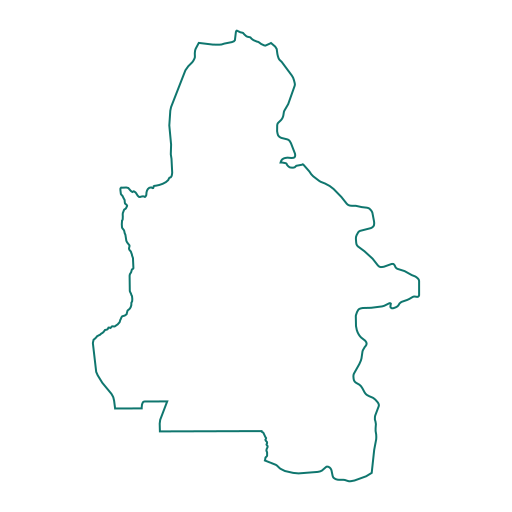 SVG path tracing the border of Kasaï-Occidental
{"feature_id": "COD-1872", "entity_name": "Kasaï-Occidental", "entity_type": "Province", "adm_level": 1, "iso_a3": "COD", "parent_name": "Democratic Republic of the Congo", "parent_adm1": "", "projection": "orthographic", "projection_center": [21.465, -5.12], "detail": "fine", "context": "isolated", "style": "outline", "palette": "teal", "viewbox_px": 512, "rotation_deg": 0, "n_neighbors": 0, "source": "natural_earth", "source_scale": "10m", "svg_char_len": 6050}
<svg xmlns="http://www.w3.org/2000/svg" viewBox="0 0 512 512"><path d="M159.9,431.4L159.7,423.6L160.2,419.8L167.2,401.4L144.6,401.5L143.7,401.7L143.0,402.2L142.4,403.4L142.0,404.6L141.7,407.3L141.7,408.4L115.1,408.5L114.1,400.7L113.3,397.3L112.6,395.9L111.4,393.8L102.3,382.8L97.7,375.3L96.2,371.9L92.9,343.4L93.0,342.3L93.6,339.7L94.9,338.7L96.3,337.3L97.0,336.3L99.2,335.1L100.0,334.8L101.1,333.7L102.5,332.9L103.6,331.9L105.0,330.0L106.9,329.6L107.6,329.2L108.5,327.6L109.3,327.6L110.4,328.0L110.9,327.6L111.8,326.5L112.5,326.3L114.3,326.5L114.7,326.4L115.1,326.2L116.3,325.3L117.8,324.3L118.3,323.6L119.3,322.6L119.6,322.2L120.4,319.6L120.8,319.0L121.4,317.4L122.1,316.4L122.5,316.2L124.7,315.6L126.0,314.7L126.6,314.2L127.5,310.7L128.1,310.1L129.0,309.4L129.9,308.5L130.7,307.1L131.3,305.2L131.4,302.7L132.1,301.4L132.2,300.6L132.3,299.0L132.0,296.1L131.4,295.0L131.0,293.7L130.1,291.9L129.8,291.0L129.6,275.7L129.9,274.2L131.1,272.3L131.9,269.5L133.0,268.8L133.3,268.4L133.4,268.0L133.0,258.8L133.0,258.2L132.0,255.3L131.9,254.4L131.4,253.2L131.0,251.9L130.6,251.2L129.8,250.4L129.2,249.4L129.0,248.3L129.3,247.0L129.5,246.2L129.5,245.7L129.4,245.3L127.2,242.5L126.6,241.4L126.3,240.6L125.4,234.8L124.7,233.2L124.2,230.9L123.9,230.2L123.4,229.5L122.4,228.3L122.0,227.3L121.8,224.3L122.0,221.2L122.0,220.7L122.4,220.1L122.7,219.2L122.8,216.4L122.7,214.7L122.8,213.2L124.0,210.0L124.3,209.5L125.5,208.8L125.9,208.4L127.0,206.2L127.1,205.7L126.5,204.7L125.3,203.8L125.0,203.4L124.8,202.3L124.6,200.0L123.6,198.2L122.5,195.9L121.2,194.5L120.9,194.0L120.8,193.4L120.4,190.0L120.4,188.8L120.5,188.4L121.2,187.6L122.1,187.7L126.3,187.5L128.3,188.0L130.8,190.9L132.4,192.0L133.8,191.3L135.4,192.3L136.2,193.3L137.7,195.7L139.0,196.9L140.0,197.0L141.2,196.6L143.0,196.3L144.1,196.5L144.7,196.9L145.2,196.8L146.0,195.7L146.3,194.9L146.5,192.4L147.0,190.6L147.9,189.0L149.3,187.8L151.2,187.4L152.6,188.1L153.2,188.0L153.4,187.6L153.7,186.2L154.7,185.8L155.9,185.7L159.2,185.0L162.7,183.8L165.9,182.1L168.2,180.1L169.0,178.4L169.5,177.7L170.6,177.4L170.9,177.1L171.7,175.8L172.0,174.2L172.2,172.8L171.5,158.9L170.8,154.3L171.1,144.6L169.3,125.4L170.3,110.7L171.1,107.0L185.4,70.3L188.3,66.2L192.3,62.2L193.3,60.8L194.3,58.9L194.8,57.6L194.9,56.4L194.8,53.2L195.0,51.4L195.2,50.1L195.7,48.7L198.8,42.9L212.9,44.6L219.0,44.7L221.5,44.5L224.3,43.6L231.9,42.1L233.9,41.3L234.9,40.2L235.9,32.0L236.3,31.0L236.6,30.7L237.0,30.7L240.4,32.3L242.3,32.7L243.1,33.0L244.4,34.5L246.2,36.1L246.9,36.5L247.3,36.7L250.1,37.3L250.5,37.5L251.5,38.7L253.4,40.1L256.9,41.6L258.2,41.9L258.9,42.3L261.2,44.0L264.2,45.4L265.4,45.6L270.1,43.5L271.0,43.0L275.2,46.6L276.7,49.0L277.4,54.1L277.9,56.2L278.6,58.3L279.2,59.4L279.9,60.2L281.7,61.9L291.8,75.5L293.1,77.7L294.0,80.3L294.7,83.1L294.9,84.4L294.7,85.7L288.2,104.1L284.3,110.8L283.9,111.9L283.4,115.1L283.1,116.4L282.6,117.7L282.0,118.8L281.1,120.0L278.2,122.8L277.6,123.6L277.2,125.1L277.1,131.2L277.5,133.4L278.0,135.1L278.5,135.9L279.6,137.0L281.3,137.9L287.0,139.3L288.1,139.7L289.0,140.3L289.8,141.2L291.0,143.3L295.0,153.7L295.2,155.2L295.0,156.5L294.4,157.4L293.4,157.8L291.3,158.0L288.1,157.7L287.1,157.7L285.2,158.0L284.1,158.3L283.1,158.8L282.2,159.4L281.5,160.3L281.0,161.2L280.6,162.5L282.0,162.5L285.8,163.2L286.6,163.8L287.0,164.8L287.9,165.9L288.9,166.8L289.9,167.4L291.2,167.6L293.0,167.7L294.7,167.3L296.3,165.8L302.1,164.7L302.8,164.3L303.6,164.9L309.4,171.5L311.2,174.2L313.2,176.3L319.2,180.9L320.7,181.8L325.0,183.5L329.7,186.0L333.6,189.0L341.4,197.0L346.7,203.7L347.7,204.6L348.5,205.1L350.0,205.6L352.0,205.8L355.8,205.8L361.7,207.1L366.9,207.7L368.1,208.0L369.4,208.6L371.1,210.4L371.9,211.6L372.4,212.8L374.0,221.2L374.2,223.1L374.0,225.1L373.6,226.0L372.8,226.9L371.9,227.6L370.9,228.1L360.0,230.9L358.7,231.7L358.1,232.5L356.6,235.2L356.0,237.0L355.9,238.9L356.2,242.7L356.5,244.3L357.0,245.3L357.9,246.4L364.4,251.2L372.6,258.7L377.7,265.2L378.8,266.3L379.9,266.9L380.9,267.1L382.9,266.9L384.0,266.7L391.5,264.0L392.5,263.9L393.4,264.0L394.2,264.7L394.9,265.8L395.5,267.2L396.3,268.1L397.3,268.8L404.6,271.1L411.8,275.1L415.1,276.4L416.4,277.2L418.1,278.7L418.8,279.8L419.1,281.0L419.1,295.2L418.8,296.0L418.1,296.7L417.3,296.9L414.5,296.5L413.6,296.6L412.6,297.0L409.4,298.9L407.3,299.9L401.8,301.8L400.9,302.3L400.1,303.0L399.5,303.5L398.5,305.2L397.7,306.1L396.9,306.7L395.8,307.3L393.7,308.1L392.7,308.3L391.6,308.2L390.6,307.4L390.4,306.4L390.7,304.4L390.8,303.6L390.2,303.2L389.4,303.2L384.2,305.8L382.1,306.4L371.1,307.8L362.8,308.0L360.8,308.4L359.4,308.9L358.7,309.4L358.1,310.1L357.0,312.1L356.0,315.0L355.8,316.0L356.0,326.1L356.8,330.1L357.7,332.5L358.7,334.4L359.7,335.9L361.1,337.5L365.2,340.7L366.3,342.3L366.6,343.5L366.4,344.7L365.7,345.9L364.7,347.1L362.9,350.2L362.5,351.4L361.5,358.3L360.9,360.5L359.3,364.1L353.9,373.7L353.5,375.0L353.4,376.4L353.6,378.7L353.9,380.1L354.5,381.3L355.2,382.1L356.1,382.8L359.4,384.7L361.0,386.2L362.4,388.3L364.6,392.4L365.3,393.4L366.1,394.3L367.0,395.0L369.2,396.2L372.3,397.5L373.3,398.0L375.3,399.6L377.6,402.2L378.1,402.9L378.7,404.2L378.9,405.2L378.7,406.3L375.3,415.3L375.0,416.4L374.9,417.8L374.9,419.6L375.5,421.6L375.9,424.2L375.6,428.3L375.6,431.0L376.2,434.6L376.3,437.0L376.2,439.2L374.2,449.8L371.7,472.9L366.1,476.3L354.5,480.5L350.8,481.2L349.1,481.3L347.6,480.9L344.9,480.0L343.4,479.8L339.1,479.8L337.7,479.7L336.6,479.4L335.6,479.1L334.6,478.5L333.6,477.8L333.2,477.3L332.6,475.8L331.5,470.4L331.1,469.4L330.5,468.4L329.6,467.5L328.4,466.8L327.2,466.6L326.5,466.7L325.7,467.3L321.9,470.6L320.1,471.4L317.8,471.9L298.6,473.4L293.2,472.9L284.9,471.0L280.9,469.0L279.9,468.4L277.0,465.6L276.0,464.9L264.9,460.5L265.2,459.4L265.4,457.9L265.6,457.4L266.8,456.3L267.1,455.6L267.1,452.6L266.9,451.8L266.4,450.8L266.5,449.8L266.7,448.9L267.5,447.3L267.6,446.2L267.4,445.8L266.7,445.0L266.5,444.6L266.6,444.2L267.0,443.4L267.1,442.9L266.9,441.9L265.8,440.7L265.4,439.8L265.9,438.8L266.1,438.1L265.3,436.9L263.5,433.0L262.9,432.4L261.8,431.8L261.5,431.4L261.5,431.1L159.9,431.4Z" fill="none" stroke="#0f766e" stroke-width="2"/></svg>